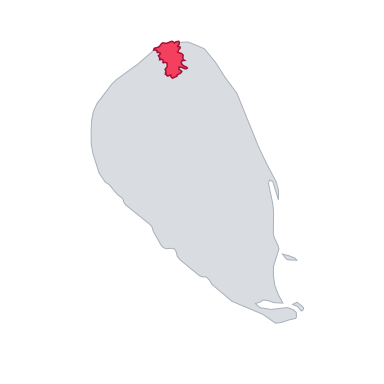 Mātara highlighted on a map of Sri Lanka, rotated 163°
{"feature_id": "LKA-2466", "entity_name": "Mātara", "entity_type": "District", "adm_level": 1, "iso_a3": "LKA", "parent_name": "Sri Lanka", "parent_adm1": "", "projection": "mercator", "projection_center": [80.546, 6.16], "detail": "fine", "context": "in_parent", "style": "filled", "palette": "rose", "viewbox_px": 384, "rotation_deg": 163, "n_neighbors": 0, "source": "natural_earth", "source_scale": "10m", "svg_char_len": 2515}
<svg xmlns="http://www.w3.org/2000/svg" viewBox="0 0 384 384"><g transform="rotate(163 192 192)"><path d="M129.6,40.8L137.0,41.3L144.9,41.1L150.5,42.1L159.9,54.2L185.7,75.7L199.8,97.6L201.1,102.4L203.0,106.5L206.4,107.6L209.2,109.5L223.2,130.6L224.9,134.8L224.6,139.4L225.5,142.8L229.1,144.5L233.7,145.4L236.7,148.6L240.5,165.4L240.5,170.6L241.5,172.9L259.2,199.0L260.2,202.2L260.0,204.6L260.6,206.6L264.0,211.3L269.3,223.7L272.0,226.5L275.3,237.4L275.5,258.2L274.3,267.4L271.0,278.7L267.1,289.7L262.9,297.6L257.1,304.3L237.2,318.6L231.6,321.5L205.8,330.4L186.7,338.9L169.2,341.2L151.6,336.5L138.3,325.4L131.6,309.0L126.9,292.0L120.2,273.0L115.0,214.3L112.5,197.9L108.5,177.0L108.9,167.9L111.7,159.2L111.7,178.3L114.3,180.7L116.3,178.2L118.1,158.5L119.5,150.1L126.5,128.3L126.7,124.4L125.4,116.2L125.5,112.1L136.0,96.8L138.7,87.9L140.1,78.8L139.5,68.9L137.6,59.2L146.1,62.3L150.7,65.7L155.5,68.0L159.3,66.8L164.0,66.8L160.7,61.5L150.8,56.6L134.5,53.6L129.4,49.7L127.5,46.3L128.5,42.4L129.6,40.8ZM121.4,100.3L123.6,106.2L117.2,102.2L113.0,98.8L111.6,96.1L120.2,99.1L121.4,100.3ZM128.7,55.1L123.8,55.9L120.0,50.7L119.1,48.5L120.1,47.0L121.2,46.2L122.4,46.4L124.2,51.3L128.7,55.1Z" fill="#d9dde1" stroke="#a8b0b8" stroke-width="1"/><path d="M187.2,339.1L186.0,340.5L182.8,340.3L181.5,340.5L180.5,340.9L179.4,341.5L177.6,342.9L177.0,343.0L176.5,343.2L175.2,342.7L173.9,342.0L173.1,341.7L172.5,341.6L168.1,342.1L166.8,341.8L166.2,341.2L165.8,340.4L165.4,339.9L165.2,339.5L163.9,340.3L162.7,340.3L160.6,340.0L160.5,339.2L160.5,338.3L161.3,336.8L162.7,336.3L163.2,335.4L161.8,334.8L161.2,334.5L161.0,333.7L161.4,332.9L162.5,332.5L163.7,331.3L164.8,330.0L163.6,328.9L162.2,328.0L161.0,326.8L160.5,325.3L161.2,323.8L161.8,322.2L161.4,321.0L160.6,320.0L163.3,320.5L164.6,318.8L164.1,316.6L162.4,314.3L160.9,313.3L160.2,311.9L161.4,311.6L162.7,311.9L164.3,313.2L165.8,314.5L168.1,315.1L168.6,312.9L167.4,311.7L166.5,310.3L167.5,309.3L169.1,308.8L170.6,308.6L172.1,308.2L172.7,307.0L174.0,307.0L177.4,306.5L178.5,308.6L178.0,309.9L179.4,310.2L181.2,309.9L182.1,310.9L182.0,311.7L183.0,312.4L182.6,312.8L182.6,313.6L181.9,313.8L182.0,314.4L181.5,315.8L182.0,317.0L179.0,319.2L178.1,322.6L179.4,323.5L180.9,324.1L181.6,323.9L182.0,324.4L181.6,325.2L181.2,325.9L181.4,327.2L182.7,327.9L183.6,327.7L184.4,327.9L184.2,328.6L183.5,329.2L184.3,332.2L181.8,333.3L182.0,334.5L183.1,335.2L183.8,335.3L184.5,335.6L184.4,336.3L183.9,336.6L184.8,338.0L186.7,338.9L187.2,339.1Z" fill="#f43f5e" stroke="#9f1239" stroke-width="1.5"/></g></svg>